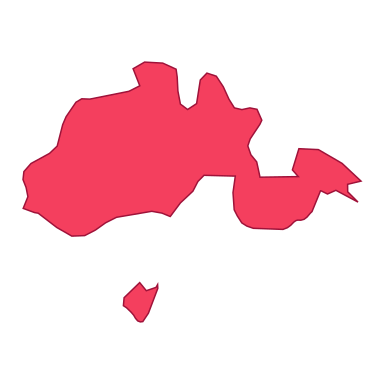 an SVG outline of Schaffhausen
{"feature_id": "CHE-171", "entity_name": "Schaffhausen", "entity_type": "Canton", "adm_level": 1, "iso_a3": "CHE", "parent_name": "Switzerland", "parent_adm1": "", "projection": "orthographic", "projection_center": [8.624, 47.681], "detail": "fine", "context": "isolated", "style": "filled", "palette": "rose", "viewbox_px": 384, "rotation_deg": 0, "n_neighbors": 0, "source": "natural_earth", "source_scale": "10m", "svg_char_len": 1358}
<svg xmlns="http://www.w3.org/2000/svg" viewBox="0 0 384 384"><path d="M144.6,62.1L162.7,63.1L176.1,69.2L177.2,77.1L177.9,91.0L180.4,104.1L187.6,109.5L196.6,103.6L200.3,80.0L206.9,73.1L216.3,76.2L223.3,86.8L229.0,99.3L234.4,107.9L241.9,109.6L249.9,107.9L257.0,109.3L261.8,120.2L259.9,124.3L250.2,138.9L247.8,145.9L250.9,154.8L256.7,161.9L258.5,170.1L260.0,177.2L298.3,176.6L292.4,169.9L298.9,148.7L318.4,149.6L342.1,163.4L361.0,181.1L347.6,184.3L347.7,191.8L358.0,202.1L335.9,190.3L327.5,194.0L321.0,190.8L320.5,190.8L312.0,211.6L310.3,213.2L307.0,217.1L304.1,219.3L300.8,220.2L297.7,220.1L295.9,220.6L293.8,222.1L290.7,225.3L287.4,227.7L283.0,229.4L253.3,228.3L246.9,226.1L241.8,222.9L237.3,215.9L234.2,209.8L233.0,192.6L235.3,176.1L204.0,175.3L197.9,181.5L192.9,191.2L180.4,202.9L170.4,216.3L170.2,216.5L161.9,213.1L151.8,211.3L116.5,217.3L105.6,222.8L95.5,230.0L84.7,235.6L71.8,236.1L56.8,227.5L38.2,213.2L34.6,212.6L23.2,208.4L27.9,196.7L26.1,187.5L23.0,179.6L23.9,171.6L31.0,163.5L49.5,153.4L57.2,146.1L62.7,124.6L66.1,116.7L76.0,102.2L81.7,98.8L89.8,99.1L128.9,91.3L139.8,85.8L133.1,68.7L144.6,62.1ZM146.3,290.7L156.0,287.4L157.6,284.6L157.8,288.4L148.4,313.2L142.8,321.6L140.3,321.9L137.7,320.9L135.5,318.3L133.7,315.2L131.4,312.5L126.5,307.7L123.4,305.7L124.1,297.7L139.7,282.6L146.3,290.7Z" fill="#f43f5e" stroke="#9f1239" stroke-width="1.5"/></svg>